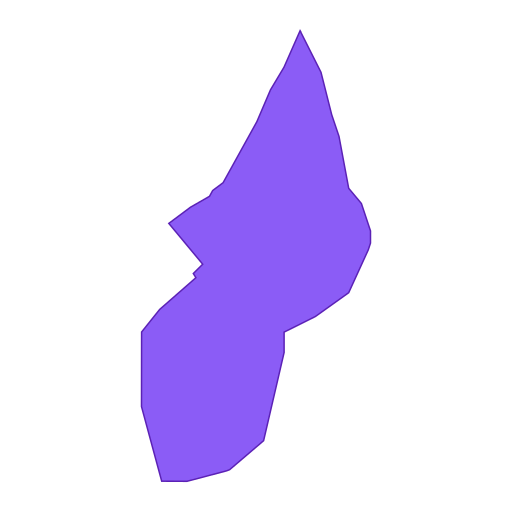 Danew, Chardzhou, Turkmenistan (Albers equal-area conic projection), rotated 270°
{"feature_id": "10190150B82365313393871", "entity_name": "Danew", "entity_type": "district", "adm_level": 2, "iso_a3": "TKM", "parent_name": "Turkmenistan", "parent_adm1": "Chardzhou", "projection": "albers", "projection_center": [63.207, 39.218], "detail": "fine", "context": "isolated", "style": "filled", "palette": "violet", "viewbox_px": 512, "rotation_deg": 270, "n_neighbors": 0, "source": "geoboundaries", "source_scale": "gbopen_adm2", "svg_char_len": 586}
<svg xmlns="http://www.w3.org/2000/svg" viewBox="0 0 512 512"><g transform="rotate(270 256 256)"><path d="M422.2,270.5L390.4,256.9L329.3,223.1L321.5,212.7L315.7,209.5L304.8,190.5L288.6,168.8L247.8,202.7L238.5,193.3L234.3,195.9L202.6,159.7L180.0,141.6L105.4,141.5L30.8,161.7L30.7,187.0L41.2,226.7L42.3,229.6L71.3,263.6L159.5,284.1L179.9,284.1L195.5,315.4L219.3,348.7L262.2,368.3L268.9,370.5L281.1,370.5L308.5,361.4L323.7,348.7L375.6,339.0L397.3,331.7L439.7,321.0L480.2,300.6L480.3,300.7L481.3,300.1L444.8,284.0L422.2,270.5Z" fill="#8b5cf6" stroke="#5b21b6" stroke-width="1.5"/></g></svg>